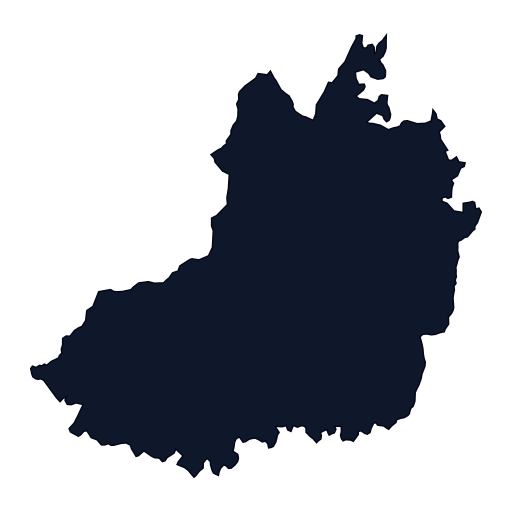 Santo Antônio das Missões, Rio Grande do Sul, Brazil (Natural Earth projection)
{"feature_id": "56859067B65449398596196", "entity_name": "Santo Antônio das Missões", "entity_type": "district", "adm_level": 2, "iso_a3": "BRA", "parent_name": "Brazil", "parent_adm1": "Rio Grande do Sul", "projection": "natural_earth1", "projection_center": [-55.409, -28.458], "detail": "fine", "context": "isolated", "style": "filled", "palette": "ink", "viewbox_px": 512, "rotation_deg": 0, "n_neighbors": 0, "source": "geoboundaries", "source_scale": "gbopen_adm2", "svg_char_len": 5034}
<svg xmlns="http://www.w3.org/2000/svg" viewBox="0 0 512 512"><path d="M474.8,229.2L474.9,226.1L477.4,222.6L481.3,211.9L478.9,208.1L475.8,209.2L474.6,202.4L472.5,201.4L469.7,202.3L463.2,203.3L463.2,212.5L454.0,211.0L447.1,203.3L442.0,201.3L442.0,197.9L445.5,196.9L448.0,198.4L451.4,197.1L451.6,191.5L452.1,187.3L453.5,183.3L451.2,179.8L457.5,175.7L460.6,168.2L464.2,166.4L465.1,162.8L458.9,161.9L456.5,156.9L451.4,160.5L448.4,159.9L445.1,151.3L447.7,150.2L440.6,139.3L440.2,135.5L439.2,131.9L444.7,126.4L440.9,120.9L437.0,118.9L436.0,113.9L433.0,109.8L432.6,113.2L431.1,121.0L425.4,123.3L417.1,123.7L407.3,120.7L403.8,121.1L401.4,123.2L400.3,125.8L396.8,127.3L394.1,127.7L388.3,129.7L380.5,125.3L372.8,123.5L368.9,123.3L366.8,122.0L376.5,113.1L382.8,115.6L384.1,119.0L386.5,121.7L388.9,120.4L390.1,117.8L390.6,114.6L388.9,107.8L387.3,105.1L386.8,102.7L387.6,95.5L381.4,94.8L379.3,96.5L378.1,100.6L374.4,103.2L367.4,99.6L359.1,98.8L356.0,96.1L360.7,92.3L363.6,89.8L365.0,86.6L364.2,84.1L358.8,84.5L356.0,78.5L355.3,72.1L363.5,69.6L368.7,73.3L371.0,76.8L377.7,79.2L383.2,78.5L385.2,76.8L385.5,73.3L385.5,70.5L384.4,68.2L383.0,65.1L380.7,62.5L379.5,59.2L383.1,56.1L385.3,51.3L386.1,48.2L386.1,41.9L386.3,35.3L382.3,40.6L379.2,43.1L377.0,46.2L376.2,52.1L374.5,53.6L374.2,47.4L372.2,44.4L368.1,45.3L366.4,48.0L363.3,47.9L361.7,43.3L362.4,35.7L359.5,34.8L356.2,36.0L356.1,38.8L351.8,46.6L344.9,61.9L338.7,69.0L338.0,75.7L332.1,82.9L328.5,82.3L324.3,91.9L316.4,104.9L315.8,113.8L313.3,120.4L305.8,117.0L302.3,116.1L295.3,111.4L292.9,107.0L293.1,104.2L292.1,101.3L289.0,95.9L285.5,93.5L281.0,89.7L275.8,80.3L274.2,78.3L270.4,71.1L267.2,74.8L258.1,73.6L255.7,78.2L245.0,86.0L239.5,91.8L238.6,94.4L238.8,99.6L236.7,103.9L238.1,109.0L237.9,116.2L236.7,121.0L233.3,125.1L231.0,130.7L231.0,134.4L226.4,140.8L226.5,143.9L223.5,146.0L221.4,148.4L218.7,149.5L211.0,154.6L214.4,158.5L215.0,162.0L222.6,171.1L229.3,174.3L228.4,188.6L226.9,197.9L227.5,204.5L224.6,207.4L216.6,215.6L211.6,218.1L211.6,226.0L213.3,230.7L212.4,247.4L210.7,251.1L208.5,255.8L199.0,259.9L191.9,258.8L189.5,259.7L179.8,266.0L178.0,271.1L172.6,272.8L169.2,277.8L166.6,279.9L163.5,282.9L154.3,283.2L148.4,281.7L138.8,282.9L133.3,287.1L130.9,289.7L122.6,291.5L116.5,291.8L113.6,291.4L110.6,289.6L98.7,291.7L92.9,306.5L86.8,310.5L85.7,320.4L81.9,326.5L78.8,327.7L74.5,330.5L71.6,334.2L69.8,336.3L66.2,336.0L62.7,338.4L62.6,344.8L61.3,349.3L61.9,353.0L59.4,355.6L58.6,357.9L51.1,361.5L46.8,365.3L44.3,364.1L41.9,365.8L39.4,365.4L36.2,367.5L32.4,366.1L30.7,368.6L31.9,374.3L32.9,376.8L35.4,378.6L37.9,379.3L40.9,378.8L43.7,380.3L56.3,397.5L60.1,401.7L63.0,398.4L66.1,397.1L65.0,400.2L67.2,404.3L71.2,404.7L76.0,402.9L83.1,404.5L78.1,415.3L74.2,423.0L69.1,428.6L70.5,432.0L78.3,436.2L80.6,434.9L83.9,431.2L86.9,430.8L91.2,437.6L97.0,439.8L101.4,444.9L104.7,444.9L108.5,443.6L110.8,445.2L113.5,445.3L121.0,443.4L126.1,442.9L130.4,445.1L131.6,448.9L136.1,456.4L138.4,455.7L143.9,450.9L151.7,456.3L154.7,457.7L159.3,458.1L162.4,461.6L165.0,460.8L167.2,457.5L171.8,454.6L174.1,453.0L175.8,449.1L183.0,455.9L178.3,461.8L177.1,464.5L184.5,467.5L188.2,470.3L194.0,477.2L195.7,475.8L197.2,473.9L199.4,471.1L203.1,468.1L203.3,462.9L205.2,460.3L207.3,458.4L210.4,461.6L210.6,465.0L212.0,470.1L213.5,473.0L215.7,474.2L218.4,475.4L219.1,471.8L220.6,468.2L223.7,464.9L226.1,465.8L228.4,468.3L231.1,468.2L234.9,465.0L237.5,461.7L238.4,458.4L237.8,454.4L233.0,451.3L234.0,446.7L234.6,442.2L236.1,438.8L239.4,436.9L243.1,442.2L245.6,441.6L249.2,439.2L252.0,438.5L255.2,438.1L258.5,439.6L262.3,441.9L265.4,441.1L267.8,443.8L268.7,447.9L271.2,447.4L273.3,446.4L275.8,442.0L276.8,438.0L277.3,435.2L279.1,432.4L276.7,428.8L275.0,426.3L280.8,426.7L283.1,426.6L286.1,425.5L287.8,430.0L291.0,431.4L292.0,428.7L293.3,425.5L297.4,427.2L301.6,425.6L304.2,426.2L306.0,427.9L306.1,432.3L310.3,436.6L313.2,438.8L316.6,442.7L318.2,440.9L320.8,439.1L321.4,435.5L320.4,432.6L323.8,430.8L326.9,429.6L327.9,432.6L329.2,435.1L332.0,433.6L334.3,432.9L335.9,429.3L334.6,426.3L341.2,426.3L341.4,431.2L340.6,435.5L341.4,438.6L343.0,440.8L345.8,439.7L348.0,439.8L350.8,440.1L353.3,441.3L358.3,434.5L358.3,431.4L361.1,430.8L364.6,433.3L367.3,434.2L370.1,432.4L371.0,428.6L373.7,423.0L376.3,423.0L377.5,425.1L383.8,426.0L386.1,427.7L388.6,429.3L391.7,425.9L395.9,422.5L396.7,419.7L400.5,418.3L404.2,417.6L407.7,415.6L409.3,413.8L410.0,410.7L411.0,408.0L413.1,406.4L414.9,401.1L415.2,392.5L416.5,389.5L418.9,384.9L420.3,381.0L421.3,377.9L421.9,374.1L423.1,370.9L424.9,366.4L425.3,362.2L424.0,358.0L423.3,354.0L422.9,348.8L421.9,343.8L420.0,336.8L423.0,334.2L426.8,334.0L431.4,334.8L435.5,334.3L439.8,332.7L444.3,331.7L445.1,329.2L448.6,324.1L448.4,317.1L451.5,313.4L452.9,310.7L453.7,307.7L453.0,297.8L453.8,292.8L454.4,290.0L454.0,286.0L456.0,283.5L455.2,279.9L456.4,276.7L456.0,274.1L456.1,270.1L455.8,267.4L456.9,263.8L457.8,260.1L459.1,257.0L457.6,250.5L457.8,246.8L457.6,242.8L459.0,240.8L461.4,239.9L464.6,237.5L467.5,236.8L469.7,234.3L472.4,231.0L474.8,229.2Z" fill="#0f172a" stroke="#020617" stroke-width="1.5"/></svg>